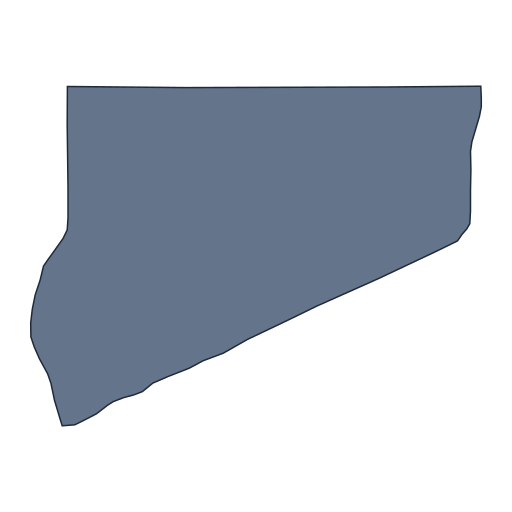 outline of Haut-Komo, Wouleu-Ntem, Gabon
{"feature_id": "22940354B77871710228177", "entity_name": "Haut-Komo", "entity_type": "district", "adm_level": 2, "iso_a3": "GAB", "parent_name": "Gabon", "parent_adm1": "Wouleu-Ntem", "projection": "equal_earth", "projection_center": [10.636, 0.825], "detail": "fine", "context": "isolated", "style": "filled", "palette": "slate", "viewbox_px": 512, "rotation_deg": 0, "n_neighbors": 0, "source": "geoboundaries", "source_scale": "gbopen_adm2", "svg_char_len": 775}
<svg xmlns="http://www.w3.org/2000/svg" viewBox="0 0 512 512"><path d="M457.5,240.9L462.0,234.4L466.7,229.0L469.8,223.7L470.5,211.1L470.5,190.3L470.9,169.7L470.5,151.3L471.9,141.8L475.7,129.0L479.5,116.1L481.3,106.7L481.3,98.2L480.8,86.2L386.8,87.0L185.4,87.6L67.4,86.5L67.2,124.9L68.0,186.9L68.0,218.1L67.2,230.0L62.9,238.7L53.6,251.8L47.6,260.1L43.5,266.1L40.1,280.2L35.2,294.9L32.3,309.2L30.7,322.8L30.9,336.9L34.1,346.6L39.5,358.9L47.6,373.7L50.9,383.1L54.5,400.3L59.7,417.7L62.2,425.8L74.8,424.8L84.1,420.2L96.6,413.7L107.3,405.4L113.3,401.6L123.4,397.7L134.1,394.8L142.4,391.6L152.8,383.1L168.3,376.4L189.4,368.1L203.0,360.8L223.4,353.1L247.3,339.5L289.9,319.2L316.3,306.3L378.2,278.7L436.7,251.1L457.5,240.9Z" fill="#64748b" stroke="#1e293b" stroke-width="1.5"/></svg>